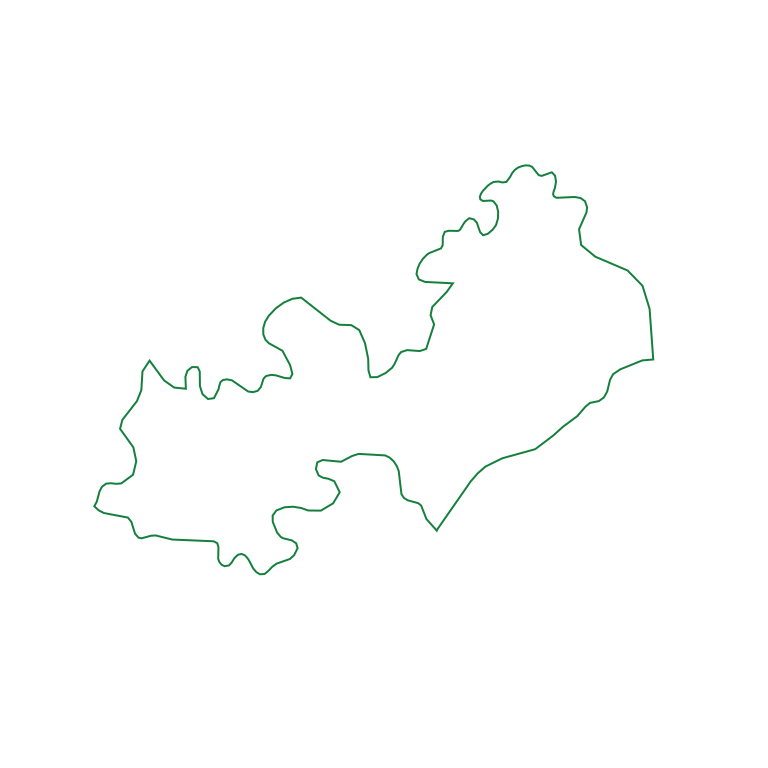 outline of Catania, rotated 36°
{"feature_id": "ITA-5413", "entity_name": "Catania", "entity_type": "Province", "adm_level": 1, "iso_a3": "ITA", "parent_name": "Italy", "parent_adm1": "", "projection": "equal_earth", "projection_center": [14.756, 37.507], "detail": "fine", "context": "isolated", "style": "outline", "palette": "green", "viewbox_px": 768, "rotation_deg": 36, "n_neighbors": 0, "source": "natural_earth", "source_scale": "10m", "svg_char_len": 3093}
<svg xmlns="http://www.w3.org/2000/svg" viewBox="0 0 768 768"><g transform="rotate(36 384 384)"><path d="M587.4,205.9L579.1,213.1L566.5,233.3L563.6,241.4L564.4,247.7L569.0,258.9L569.8,265.6L567.9,271.5L561.7,278.3L560.3,284.0L559.3,296.2L553.9,313.5L551.2,326.2L544.6,347.9L523.2,374.8L514.6,391.2L512.3,401.3L511.4,412.0L512.6,470.6L512.9,471.6L497.7,468.3L485.5,460.5L481.7,460.3L471.9,464.0L467.3,464.5L462.9,462.9L447.1,445.8L442.9,443.0L437.1,440.8L431.9,440.2L426.9,441.1L404.5,455.5L400.5,461.0L395.0,472.1L379.0,481.6L376.1,486.6L378.9,492.8L384.9,496.4L389.8,495.7L394.8,493.3L401.0,491.9L411.8,497.6L413.0,510.4L407.3,523.6L397.0,530.9L389.9,533.0L382.6,536.7L376.0,542.2L371.3,549.5L371.2,555.8L375.0,560.9L384.8,567.0L390.4,568.4L393.1,568.1L401.3,564.7L406.6,564.5L410.6,567.6L411.9,575.4L410.7,580.9L402.6,592.6L401.0,597.8L400.3,603.3L399.0,608.0L395.4,610.9L391.2,611.2L386.8,610.2L378.7,606.2L375.5,605.0L372.0,604.4L368.7,605.2L366.2,608.0L365.3,612.8L365.7,617.6L365.3,621.8L362.1,625.1L358.9,625.7L355.7,624.9L352.6,622.9L346.1,613.5L342.7,610.8L338.6,611.4L304.1,634.3L288.4,640.7L284.9,643.5L278.5,651.4L275.7,652.6L270.5,651.4L260.6,644.0L255.3,642.6L233.3,653.0L227.5,653.9L221.5,653.2L220.8,648.0L217.0,638.1L216.2,633.0L217.8,627.9L221.5,624.7L226.0,622.2L229.9,618.8L234.3,604.9L229.0,592.1L218.5,582.6L196.8,575.4L193.4,566.8L194.2,543.1L191.3,531.6L181.2,515.8L180.6,502.9L204.1,510.4L216.3,510.2L226.5,504.3L219.1,494.9L217.2,488.9L218.7,483.2L223.4,479.9L227.6,482.2L236.3,493.9L243.2,498.9L250.4,499.6L254.8,495.4L253.2,485.4L251.5,481.5L250.6,478.4L251.3,475.6L254.0,472.7L258.8,470.4L278.6,469.9L282.8,467.6L285.8,463.8L286.2,458.9L283.4,450.5L283.8,447.1L287.0,443.2L291.3,440.6L300.4,437.4L304.7,434.6L304.0,429.7L296.9,423.9L282.3,416.8L266.9,418.7L262.1,417.9L257.2,414.8L253.5,409.8L251.2,403.5L250.7,396.5L252.0,386.3L255.1,376.9L259.8,368.9L266.2,362.8L303.6,364.2L312.9,362.4L322.9,355.6L332.3,354.9L344.7,362.2L356.4,372.9L363.4,382.1L369.0,386.5L374.5,382.4L378.9,374.1L381.0,366.0L380.7,361.3L378.8,352.0L379.1,348.0L382.8,343.0L393.6,336.3L397.5,330.8L389.5,306.3L381.3,301.0L377.8,293.4L380.6,272.6L380.5,262.1L357.2,277.3L350.7,278.9L345.7,276.0L343.4,271.1L342.1,265.6L341.9,259.8L342.7,254.2L343.7,251.4L350.4,240.8L349.9,237.2L345.1,230.4L343.7,225.2L346.4,221.9L353.9,216.7L354.6,215.3L354.8,213.9L354.2,207.8L354.2,205.1L354.7,202.5L355.6,199.7L360.1,198.0L364.3,198.9L372.4,204.6L376.7,205.4L379.7,201.5L381.2,195.4L381.2,189.6L379.0,183.3L375.1,177.5L370.3,173.4L365.2,171.9L362.7,172.7L356.4,177.8L353.4,178.0L351.5,176.2L350.6,173.0L350.5,169.3L351.4,162.5L352.4,159.3L353.8,156.3L357.4,153.0L361.4,151.3L364.2,148.6L364.3,142.3L363.7,137.8L364.0,133.8L365.3,130.0L367.7,126.4L370.3,123.7L373.2,121.9L376.3,121.3L386.4,124.1L389.3,122.9L395.3,114.1L399.9,114.9L404.2,119.2L407.0,124.8L408.4,129.4L409.4,131.2L411.1,132.3L414.2,131.9L428.4,120.6L433.8,118.0L439.2,118.0L444.5,121.7L447.0,126.3L450.8,144.1L461.8,155.7L480.2,156.8L514.4,149.0L535.4,152.6L554.7,167.1L587.4,205.9Z" fill="none" stroke="#15803d" stroke-width="2"/></g></svg>